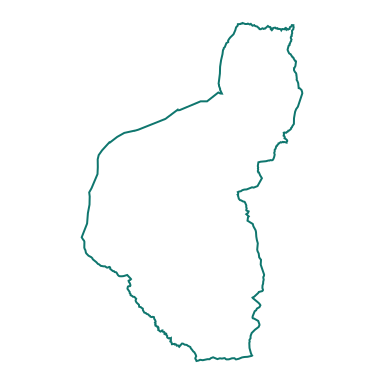 Jaman North, Brong Ahafo, Ghana
{"feature_id": "2480657B44306962794399", "entity_name": "Jaman North", "entity_type": "district", "adm_level": 2, "iso_a3": "GHA", "parent_name": "Ghana", "parent_adm1": "Brong Ahafo", "projection": "albers", "projection_center": [-2.617, 7.913], "detail": "fine", "context": "isolated", "style": "outline", "palette": "teal", "viewbox_px": 384, "rotation_deg": 0, "n_neighbors": 0, "source": "geoboundaries", "source_scale": "gbopen_adm2", "svg_char_len": 5957}
<svg xmlns="http://www.w3.org/2000/svg" viewBox="0 0 384 384"><path d="M252.1,355.6L251.6,354.9L250.8,352.8L249.5,348.0L249.3,342.8L249.7,341.7L249.5,340.9L249.5,339.8L250.5,338.4L250.6,335.9L251.7,333.0L255.0,329.7L258.6,327.0L259.5,325.0L259.4,324.2L258.2,320.9L253.9,318.5L253.1,318.4L252.7,318.1L252.5,317.4L252.7,316.2L254.7,311.2L256.1,310.3L256.9,308.6L259.4,307.2L260.4,305.3L260.1,304.6L258.6,302.9L252.7,298.0L252.5,297.6L254.2,296.7L258.3,292.9L258.8,292.0L262.2,291.1L262.8,290.5L263.0,289.9L262.4,288.0L262.5,285.5L263.1,283.7L263.2,281.8L263.7,279.6L263.3,277.8L263.4,276.8L264.0,275.8L264.1,274.6L260.7,264.6L261.0,259.8L259.2,257.4L258.7,253.5L257.6,251.3L257.2,249.6L257.8,243.3L256.9,240.1L256.3,236.7L256.0,232.1L255.6,230.3L253.4,226.3L252.8,224.0L247.5,220.7L248.0,217.3L248.8,216.4L246.3,214.2L248.0,212.9L248.6,211.4L246.8,210.7L246.3,210.3L246.4,209.2L246.7,208.4L246.2,207.0L246.3,205.4L245.0,202.4L244.5,201.8L242.9,201.4L241.2,200.4L240.0,200.1L238.8,198.7L238.3,196.6L238.1,196.3L238.1,195.3L237.6,194.7L238.1,194.2L238.2,193.7L238.1,192.8L237.8,192.1L238.9,191.6L240.9,191.2L242.3,190.2L244.2,189.6L246.7,189.4L252.0,187.3L253.7,187.6L257.5,186.1L261.9,178.2L260.1,175.3L258.9,172.4L258.3,172.4L257.8,171.0L258.2,169.5L257.9,168.4L258.2,167.6L257.8,166.1L258.4,162.3L260.7,161.7L266.1,161.2L268.5,160.5L269.6,160.5L270.3,160.1L271.7,160.3L272.6,160.1L273.5,158.8L274.2,156.8L274.7,154.6L274.2,152.9L274.7,151.5L274.7,149.8L275.6,148.7L276.2,146.3L276.9,146.0L277.1,145.3L278.3,144.2L278.5,143.4L279.1,143.3L280.6,142.2L281.6,142.5L282.7,141.9L283.6,142.2L283.9,142.0L284.8,142.1L286.5,142.6L286.5,142.2L287.2,141.1L287.2,140.6L286.7,139.8L285.5,138.8L284.5,138.3L284.8,137.2L284.4,136.3L283.7,135.8L283.9,135.5L283.7,135.2L284.1,133.8L283.7,132.9L284.2,132.5L286.3,132.7L287.0,131.9L287.7,131.7L288.3,130.7L288.9,130.7L290.5,129.4L291.1,128.7L291.1,128.0L292.0,127.1L292.2,126.4L293.9,123.9L294.0,118.2L295.1,111.8L296.1,109.2L297.9,106.7L302.3,93.4L302.1,91.9L301.5,90.0L299.6,88.2L298.7,88.1L298.2,83.2L297.4,81.1L296.6,79.8L296.8,78.9L296.5,75.6L296.3,75.1L296.4,74.3L295.9,73.0L294.9,71.9L294.0,70.2L294.0,69.1L294.2,68.6L294.0,68.1L294.5,67.7L295.4,66.0L296.0,61.5L295.6,60.9L295.1,60.9L293.8,58.8L293.6,58.0L292.5,57.2L292.5,56.7L291.9,56.3L290.6,54.2L289.4,53.6L289.0,53.1L287.8,50.5L287.6,49.6L288.6,45.8L289.5,45.2L289.4,44.2L289.8,44.0L290.4,42.1L291.2,41.0L291.1,40.3L291.5,39.5L290.8,38.1L290.8,37.4L290.9,36.9L291.8,35.9L291.5,35.2L292.2,33.3L292.0,30.8L293.4,29.0L293.4,27.9L293.7,27.3L293.3,25.7L293.4,25.2L292.9,25.1L291.8,25.1L291.3,26.5L289.9,27.2L289.6,28.9L288.9,29.0L288.2,29.5L287.5,29.1L287.1,29.4L287.1,29.0L285.8,27.9L285.0,28.4L285.0,29.3L282.3,29.0L282.0,29.2L281.3,30.3L280.7,29.2L278.6,28.8L278.1,29.0L277.7,28.7L277.1,28.6L277.1,28.2L275.8,28.3L275.3,27.7L274.8,27.7L273.6,27.9L272.9,28.2L272.5,28.7L272.7,29.1L271.8,30.2L270.7,29.1L270.7,28.6L271.0,28.3L270.6,27.5L270.1,27.0L269.3,27.1L267.9,26.0L265.7,28.0L265.3,28.1L264.9,28.7L264.0,28.7L263.5,28.9L262.6,28.3L261.6,28.7L260.8,29.2L260.3,29.2L259.5,29.1L259.0,28.1L258.4,27.8L257.3,26.6L255.7,26.2L254.3,25.5L254.2,25.2L252.5,25.7L250.8,23.9L249.9,24.5L247.9,23.6L247.2,24.0L245.2,24.0L242.6,23.0L242.0,23.6L241.3,23.4L240.6,24.0L237.9,24.2L237.9,24.9L237.5,25.6L237.5,25.9L236.1,27.3L235.3,30.2L233.5,34.3L230.3,37.4L229.2,38.8L228.1,40.6L228.2,42.1L226.4,43.1L224.8,47.1L223.8,48.0L223.6,49.2L223.0,50.1L222.5,54.1L221.1,60.1L220.1,66.8L219.9,73.6L218.6,83.8L219.0,84.6L219.0,85.9L220.1,88.8L220.1,89.8L221.9,93.6L220.3,93.5L218.3,92.5L207.1,101.3L200.7,101.3L179.7,110.1L177.3,110.3L177.3,110.0L165.4,118.9L138.3,129.7L134.5,130.8L134.4,130.7L124.3,132.9L117.2,136.9L109.8,142.6L109.4,142.3L102.1,150.3L98.7,155.1L97.7,159.3L97.8,167.2L97.5,174.1L91.5,188.3L89.2,192.4L89.7,196.4L89.5,204.7L87.9,213.2L87.1,223.5L81.7,237.3L83.1,239.6L84.0,240.6L84.4,241.8L84.3,247.7L84.8,249.2L85.4,250.2L85.9,252.7L86.4,253.5L88.5,255.7L91.3,257.2L92.4,258.3L92.8,259.3L96.4,262.2L97.9,263.9L99.0,264.3L100.7,265.8L103.3,266.3L105.0,266.3L106.7,267.5L107.8,267.6L109.2,266.9L109.7,267.0L110.2,267.8L110.2,268.9L112.8,271.0L114.0,271.2L114.6,272.0L116.2,272.3L116.6,272.7L117.9,275.0L118.8,275.9L119.5,276.2L121.6,276.3L123.5,276.1L127.2,275.0L130.6,278.6L131.0,279.1L130.4,279.8L128.6,280.7L128.8,281.7L129.8,283.2L130.3,284.6L130.4,285.6L130.1,286.1L128.3,286.3L127.9,286.7L127.5,288.3L127.5,288.8L129.7,292.0L129.7,293.1L130.6,294.2L130.6,295.2L132.2,296.0L132.9,296.7L134.4,296.9L136.2,298.8L135.6,300.2L135.9,301.5L136.7,302.7L138.9,304.7L139.2,306.8L140.8,307.1L141.3,307.7L142.8,308.6L142.9,310.1L144.3,312.6L145.8,313.0L146.5,313.8L148.4,314.5L149.1,315.5L150.0,315.9L150.4,316.7L151.7,317.1L152.7,316.8L153.9,317.1L154.3,319.0L155.1,320.1L155.6,321.5L155.0,322.6L155.5,322.9L155.6,324.2L155.2,324.4L155.2,324.7L155.5,325.7L156.2,325.9L156.5,326.3L157.8,326.6L158.3,327.3L158.4,327.6L157.8,327.7L158.5,329.1L158.2,329.9L158.9,330.2L159.6,331.1L160.6,331.6L162.1,330.4L162.3,330.4L162.2,330.9L162.5,331.0L162.8,331.7L163.4,331.9L164.0,331.9L164.6,332.6L164.4,333.9L165.0,334.2L165.7,333.6L166.2,333.7L166.4,335.0L167.2,335.9L167.1,337.0L167.5,337.7L168.8,338.4L169.4,338.5L169.8,338.1L170.4,338.4L170.9,338.1L170.9,340.5L170.4,341.0L170.3,341.5L171.5,342.3L171.9,344.2L174.6,343.9L174.8,344.5L175.8,344.4L176.1,344.5L176.7,345.6L177.3,345.4L178.7,345.6L178.7,346.3L179.2,346.8L181.9,343.6L182.9,343.6L184.7,344.7L186.2,344.8L187.2,345.2L187.7,345.7L190.3,347.0L190.9,348.5L191.7,349.3L193.3,351.5L194.3,352.2L195.6,354.5L196.2,356.2L195.4,357.9L195.3,358.7L195.8,359.3L196.5,361.0L198.7,360.5L200.1,359.8L202.8,360.2L207.4,359.2L209.6,359.2L210.8,358.2L213.1,357.3L217.4,359.1L219.9,358.3L221.9,358.6L224.5,358.1L225.0,358.3L225.8,359.1L226.7,359.4L229.0,359.3L231.9,358.3L234.3,358.2L234.6,358.3L235.7,359.3L236.6,359.3L238.7,358.8L242.1,357.4L244.5,357.0L247.6,356.8L251.6,355.9L252.1,355.6Z" fill="none" stroke="#0f766e" stroke-width="2"/></svg>